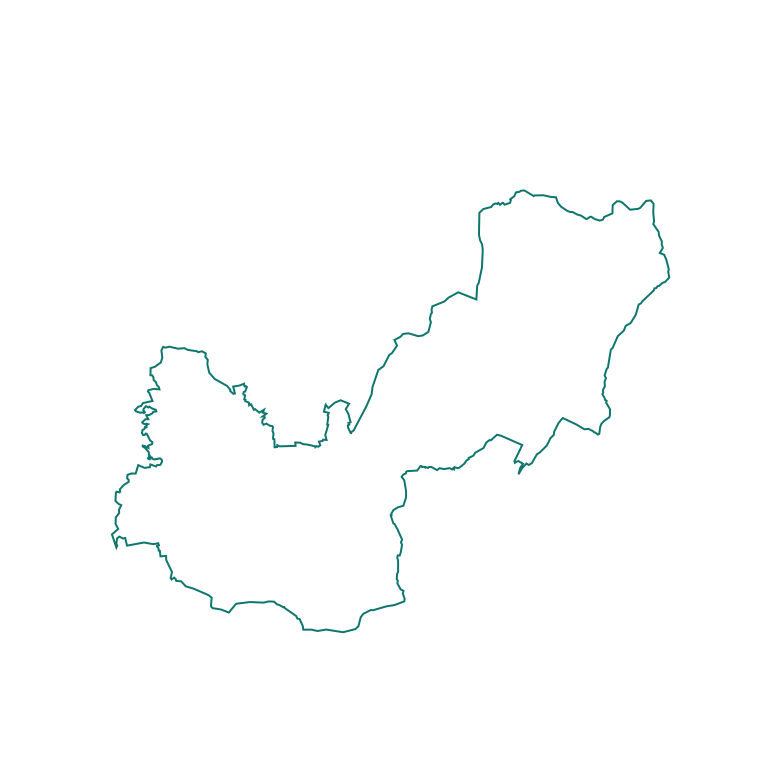 Livezile, Bistrita-Nasaud, Romania, rotated 293°
{"feature_id": "2599482B94998463214771", "entity_name": "Livezile", "entity_type": "district", "adm_level": 2, "iso_a3": "ROU", "parent_name": "Romania", "parent_adm1": "Bistrita-Nasaud", "projection": "mercator", "projection_center": [24.633, 47.178], "detail": "fine", "context": "isolated", "style": "outline", "palette": "teal", "viewbox_px": 768, "rotation_deg": 293, "n_neighbors": 0, "source": "geoboundaries", "source_scale": "gbopen_adm2", "svg_char_len": 6166}
<svg xmlns="http://www.w3.org/2000/svg" viewBox="0 0 768 768"><g transform="rotate(293 384 384)"><path d="M657.3,558.0L655.0,553.8L646.4,551.1L644.6,549.6L640.6,542.5L644.1,532.6L644.2,529.4L643.2,527.0L638.1,524.6L630.3,527.6L623.7,521.4L620.9,521.3L618.8,518.9L618.1,513.4L618.9,509.6L618.6,508.5L615.2,506.3L614.9,505.2L616.0,499.8L615.5,495.1L616.0,490.4L615.1,488.4L615.0,484.8L616.4,477.7L618.6,473.3L623.1,469.3L621.5,464.9L620.0,456.9L616.4,448.9L615.5,448.4L617.0,437.6L615.5,434.6L613.8,433.6L611.9,430.6L607.7,430.6L603.4,428.0L602.9,428.9L600.0,429.3L596.1,424.8L597.2,423.1L597.0,422.2L594.3,420.8L595.4,418.4L594.0,418.0L593.8,416.2L591.8,414.3L588.8,413.5L583.9,407.1L578.9,404.9L558.5,413.1L553.8,416.3L551.0,419.6L546.5,422.3L529.7,428.6L514.1,431.7L510.9,431.4L497.9,436.0L497.4,416.5L488.6,409.6L483.6,407.4L474.4,398.2L471.1,398.7L468.3,400.3L466.7,399.8L461.7,400.8L459.2,403.0L449.3,404.5L443.7,400.6L441.4,396.8L440.2,386.6L437.5,382.0L434.0,380.8L428.6,376.4L424.4,381.0L415.7,379.3L412.7,377.5L400.2,376.6L394.7,373.3L376.7,374.6L369.7,376.6L356.9,376.5L329.2,374.2L327.3,372.8L326.0,373.0L325.9,372.4L329.9,367.9L331.8,366.9L333.1,367.9L334.2,366.5L335.7,368.2L342.8,362.7L345.9,358.6L352.2,359.6L352.1,350.5L347.7,346.1L340.1,342.2L342.2,338.4L335.1,339.5L335.8,344.5L333.2,344.3L331.9,345.6L324.4,347.6L324.7,348.6L314.0,349.9L310.1,353.0L308.9,349.6L307.6,349.7L305.5,346.6L302.7,349.3L300.6,348.1L300.4,346.1L299.0,345.5L299.7,344.9L298.3,337.0L297.0,333.2L297.2,329.8L295.5,325.2L292.5,326.8L285.7,312.0L286.0,309.7L284.2,310.2L283.0,308.0L290.3,304.7L290.1,303.5L291.3,302.8L295.0,301.8L297.2,299.7L301.1,298.6L301.6,297.6L301.0,295.1L301.6,291.2L299.4,289.0L300.9,286.9L303.9,286.2L305.9,287.5L307.6,286.6L306.7,285.0L310.7,287.3L310.3,283.7L313.4,283.6L308.9,280.4L310.5,275.2L309.4,274.3L313.5,269.5L311.7,268.2L314.1,266.9L314.0,263.0L315.3,262.6L315.2,261.4L319.3,260.6L319.5,258.6L320.8,258.1L322.0,258.1L322.9,259.2L327.6,259.0L328.1,257.8L327.3,257.0L327.5,256.3L329.6,255.1L326.3,251.8L322.7,246.2L317.0,250.5L316.1,249.1L317.5,245.1L318.6,244.8L320.9,240.4L322.5,226.1L326.2,218.6L333.3,213.6L337.3,212.4L339.2,208.9L342.5,208.1L343.0,203.7L340.6,200.4L341.1,199.2L338.7,190.0L339.0,186.3L336.0,180.6L334.5,171.8L332.2,168.9L331.8,166.2L327.9,166.0L321.7,169.6L316.7,170.2L310.5,166.5L307.4,163.0L300.8,165.6L301.4,167.2L300.2,169.0L297.6,170.5L296.8,173.0L294.2,175.5L293.0,178.2L291.3,179.4L289.6,174.0L286.3,169.6L284.9,169.6L284.0,171.5L277.9,177.5L272.2,169.5L268.9,169.1L267.0,166.6L262.6,165.0L262.0,166.3L262.3,170.7L263.6,173.2L263.4,174.3L264.5,174.9L265.8,172.8L267.1,172.4L270.6,173.6L270.3,176.2L271.4,176.7L270.8,180.6L271.1,183.9L269.8,185.1L268.2,182.5L266.7,182.3L263.7,180.0L262.4,177.3L259.5,180.8L258.4,178.2L254.2,176.4L253.5,177.7L253.7,180.0L254.6,180.7L254.8,182.5L253.0,181.4L251.5,182.3L250.7,181.6L250.8,180.8L248.9,181.0L247.3,179.7L244.3,180.3L242.9,182.2L243.6,183.6L245.2,184.0L245.5,185.1L240.7,190.7L239.9,193.6L238.1,194.0L235.1,191.0L233.0,192.2L233.4,188.2L233.0,186.0L232.2,186.3L231.8,188.7L232.5,188.6L232.4,189.5L231.3,190.0L229.3,194.2L226.8,195.3L226.7,196.2L223.3,195.8L223.0,197.0L223.1,197.8L225.6,197.8L225.6,199.1L224.7,199.8L224.8,202.1L228.0,206.8L227.6,208.8L225.9,210.1L222.2,209.7L220.6,206.7L219.0,206.4L218.7,200.4L216.0,201.0L213.2,196.3L213.3,189.5L204.5,190.4L202.9,186.4L200.2,183.4L196.7,184.5L196.0,186.4L194.1,187.2L189.4,183.9L183.8,182.0L181.8,183.2L180.9,182.9L180.4,179.9L179.2,179.7L171.4,182.5L169.9,186.5L169.8,189.5L164.5,189.2L161.8,190.6L156.2,189.3L150.3,191.6L146.7,196.0L139.3,192.3L128.8,201.6L130.8,201.7L132.7,199.9L137.6,198.6L140.1,200.0L139.8,204.2L141.1,206.0L134.8,210.6L144.3,225.0L146.4,234.1L149.2,238.4L147.5,239.9L146.4,238.3L145.7,238.5L144.7,240.6L142.6,241.7L142.9,242.8L138.0,245.6L140.6,250.6L136.9,252.3L128.1,262.3L122.1,263.4L121.1,264.9L123.7,266.4L123.0,268.6L121.6,269.7L123.1,274.4L120.3,280.6L121.2,288.7L121.1,304.7L120.0,308.8L112.6,311.3L111.5,311.9L110.7,313.8L112.7,321.9L113.0,330.5L123.9,333.7L130.9,345.8L135.7,358.6L138.8,362.8L140.7,367.9L139.3,371.7L139.7,373.4L139.2,378.4L139.7,379.3L139.1,379.6L136.1,393.9L134.2,395.8L134.7,398.1L129.5,403.8L126.3,405.7L129.6,413.3L130.6,419.2L135.4,426.8L139.5,443.3L147.2,453.4L151.0,455.1L160.2,453.7L164.5,454.8L170.8,460.2L171.4,462.2L180.2,473.0L184.7,480.1L191.8,487.6L194.2,487.0L198.4,483.3L201.2,482.8L201.5,479.5L205.7,474.2L208.2,473.6L209.5,471.9L214.1,470.3L216.8,470.3L226.7,466.1L229.3,464.1L231.6,463.6L232.2,465.5L235.6,465.2L243.2,463.4L244.8,461.5L247.8,461.5L255.6,453.1L259.3,448.4L259.3,447.1L265.7,441.5L266.2,442.2L267.5,441.4L271.8,442.0L276.1,445.2L279.5,449.4L288.2,448.6L293.8,446.3L303.4,440.2L305.4,436.5L308.1,437.1L310.2,439.1L311.7,438.7L312.8,439.3L317.3,448.4L322.8,449.7L323.1,450.6L322.4,451.5L323.5,453.2L323.2,454.7L323.8,454.8L323.9,457.3L325.0,457.7L326.1,459.8L325.5,466.5L328.2,468.0L329.1,472.4L332.2,477.3L331.9,480.0L333.5,480.6L332.9,481.8L335.0,481.5L335.3,484.7L336.5,486.1L342.1,489.1L345.9,489.8L347.9,491.4L349.0,490.8L353.0,494.3L356.4,494.8L363.9,500.6L370.3,501.1L373.8,503.2L373.9,504.4L381.4,507.8L382.1,511.9L381.8,535.1L363.9,534.2L362.6,535.3L365.6,537.5L364.9,543.2L359.9,542.1L353.4,543.1L360.4,544.0L366.4,546.2L366.0,548.9L368.9,551.0L379.1,552.2L381.9,554.2L390.9,557.9L399.1,558.4L403.6,560.2L406.6,559.3L416.3,559.9L422.5,561.8L421.9,577.2L420.6,586.1L422.6,589.8L422.2,595.1L421.6,596.1L421.9,597.5L421.0,600.7L422.3,601.6L428.9,599.8L432.3,599.7L436.0,601.0L441.3,604.4L443.1,604.3L449.0,602.0L453.6,595.8L455.4,595.6L455.8,593.6L457.3,592.6L459.9,589.0L462.0,589.1L463.8,587.9L468.3,588.2L472.0,586.2L476.2,586.0L477.9,583.8L484.8,583.1L486.6,583.7L504.2,579.4L506.9,580.4L519.4,580.5L526.7,583.9L532.1,583.8L536.4,587.2L545.9,588.7L556.7,587.4L558.7,589.1L560.7,589.3L575.5,595.8L577.8,595.6L578.7,597.2L580.8,597.5L581.8,599.0L585.6,600.6L587.7,602.8L593.4,605.0L598.3,601.8L600.9,601.3L608.6,595.4L612.4,591.5L612.4,586.7L618.2,587.5L621.0,585.1L623.7,584.1L628.0,579.3L631.3,577.4L636.4,569.4L639.2,569.1L647.1,564.8L655.1,561.8L657.3,558.0Z" fill="none" stroke="#0f766e" stroke-width="2"/></g></svg>